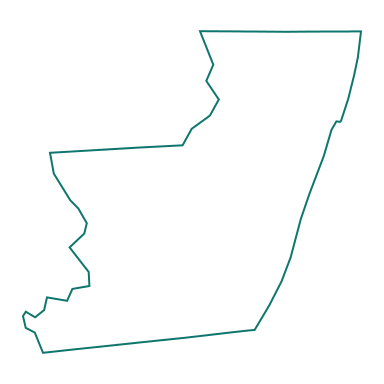 Worcester, Maryland, United States of America (orthographic projection)
{"feature_id": "52423323B30792684212291", "entity_name": "Worcester", "entity_type": "district", "adm_level": 2, "iso_a3": "USA", "parent_name": "United States of America", "parent_adm1": "Maryland", "projection": "orthographic", "projection_center": [-75.327, 38.223], "detail": "fine", "context": "isolated", "style": "outline", "palette": "teal", "viewbox_px": 384, "rotation_deg": 0, "n_neighbors": 0, "source": "geoboundaries", "source_scale": "gbopen_adm2", "svg_char_len": 866}
<svg xmlns="http://www.w3.org/2000/svg" viewBox="0 0 384 384"><path d="M43.0,352.8L76.9,349.1L140.4,342.4L179.7,338.3L181.1,338.2L232.0,332.3L244.6,330.9L248.0,330.5L254.6,330.0L269.2,305.5L281.5,281.5L290.6,257.5L300.3,221.0L300.7,219.4L309.4,193.9L323.8,156.0L331.5,129.8L336.4,121.4L337.4,121.5L340.0,121.9L341.0,120.8L341.1,120.7L348.2,99.0L354.2,74.9L357.9,57.1L361.0,31.4L359.0,31.4L358.5,31.4L352.3,31.4L351.4,31.4L349.4,31.5L338.5,31.5L309.7,31.6L285.8,31.8L274.9,31.7L248.7,31.5L244.5,31.5L237.5,31.4L200.0,31.2L213.3,64.7L206.3,80.9L218.8,99.5L209.9,115.6L191.7,128.8L182.6,145.3L136.3,147.7L50.0,152.8L53.8,173.6L70.3,200.3L78.4,208.6L86.8,223.2L84.3,233.5L69.6,247.4L88.7,272.0L89.4,286.0L72.4,288.9L67.1,300.8L47.0,297.4L44.1,310.1L35.1,317.3L25.8,311.7L23.0,316.1L25.7,327.8L34.8,332.6L43.0,352.8Z" fill="none" stroke="#0f766e" stroke-width="2"/></svg>